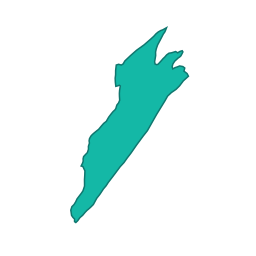 Piteå, Norrbotten, Sweden (Natural Earth projection), rotated 293°
{"feature_id": "70781695B63326994968930", "entity_name": "Piteå", "entity_type": "district", "adm_level": 2, "iso_a3": "SWE", "parent_name": "Sweden", "parent_adm1": "Norrbotten", "projection": "natural_earth1", "projection_center": [20.903, 65.376], "detail": "fine", "context": "isolated", "style": "filled", "palette": "teal", "viewbox_px": 256, "rotation_deg": 293, "n_neighbors": 0, "source": "geoboundaries", "source_scale": "gbopen_adm2", "svg_char_len": 1853}
<svg xmlns="http://www.w3.org/2000/svg" viewBox="0 0 256 256"><g transform="rotate(293 128 128)"><path d="M74.7,99.7L74.9,101.5L71.7,105.1L67.8,106.6L63.5,108.1L60.1,109.6L57.5,110.7L52.5,111.1L50.3,110.7L46.0,109.6L42.8,108.8L39.6,108.7L36.4,108.2L33.7,107.1L30.1,107.4L25.5,110.2L24.1,112.4L23.4,114.3L20.9,115.4L20.6,116.9L22.9,117.9L26.8,118.8L30.0,120.4L33.4,121.4L36.1,122.4L38.6,123.7L40.8,124.7L44.0,126.0L51.2,126.7L55.9,128.0L62.4,129.2L66.2,130.4L70.2,131.1L79.9,133.6L89.3,135.9L94.6,137.8L100.2,139.0L105.9,140.5L115.6,142.5L126.5,145.1L133.1,146.9L151.6,149.0L167.5,151.4L172.9,152.0L177.6,154.1L182.3,157.1L187.0,159.0L193.0,160.5L199.3,163.4L201.2,161.1L202.2,157.3L205.4,156.8L206.0,154.5L205.3,151.3L203.3,149.3L202.0,147.8L199.9,146.1L201.6,144.7L204.5,144.3L207.8,144.9L210.4,146.1L212.0,146.8L213.7,147.9L215.1,148.5L217.3,148.7L219.5,148.8L220.3,147.7L218.8,145.9L216.6,144.3L217.0,142.0L214.1,138.5L212.9,136.5L210.4,135.0L207.6,134.1L205.6,133.2L203.4,132.5L200.2,131.4L198.3,130.7L197.5,129.6L197.5,127.9L199.4,126.6L202.0,126.0L205.4,125.2L208.7,123.7L211.8,123.1L216.0,122.8L224.2,123.5L228.4,123.8L230.4,124.3L231.9,124.4L235.4,124.3L231.8,121.5L230.7,120.2L228.2,118.3L225.7,117.0L222.5,115.9L218.6,114.1L210.8,110.3L202.9,105.5L195.6,102.0L191.7,100.3L188.5,98.9L185.1,98.5L183.3,97.2L183.0,94.5L181.4,92.6L176.2,94.1L172.1,95.8L168.9,96.7L165.3,98.4L161.6,100.5L162.9,102.2L164.0,103.4L163.7,104.5L159.5,105.5L156.6,106.5L153.9,107.7L150.3,109.5L147.3,109.5L144.9,108.8L143.4,108.9L141.3,109.2L139.6,108.9L137.4,107.9L134.8,107.1L130.5,106.0L125.6,105.4L122.7,103.8L119.3,102.7L115.3,101.5L113.5,100.5L110.1,98.7L108.0,97.7L106.0,97.0L103.2,96.7L101.0,97.2L99.0,98.4L95.7,98.7L93.0,99.9L89.4,100.2L87.4,99.4L84.4,98.3L82.1,98.7L80.0,99.7L77.9,99.9L74.7,99.7Z" fill="#14b8a6" stroke="#0f766e" stroke-width="1.5"/></g></svg>